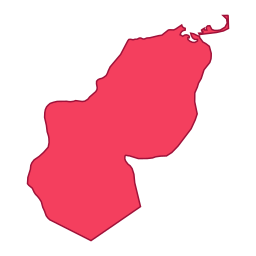 an SVG outline of Ash Sharqiyah
{"feature_id": "EGY-1535", "entity_name": "Ash Sharqiyah", "entity_type": "Governorate", "adm_level": 1, "iso_a3": "EGY", "parent_name": "Egypt", "parent_adm1": "", "projection": "albers", "projection_center": [31.859, 30.68], "detail": "fine", "context": "isolated", "style": "filled", "palette": "rose", "viewbox_px": 256, "rotation_deg": 0, "n_neighbors": 0, "source": "natural_earth", "source_scale": "10m", "svg_char_len": 2319}
<svg xmlns="http://www.w3.org/2000/svg" viewBox="0 0 256 256"><path d="M181.7,25.0L182.2,26.4L183.4,27.7L185.2,28.3L185.2,30.1L183.2,30.6L181.8,31.5L180.8,32.8L180.1,34.8L181.1,35.2L182.7,36.3L184.6,35.1L186.3,34.8L187.9,35.2L189.3,36.3L189.3,37.7L187.9,37.7L187.9,39.5L189.9,41.2L192.4,42.3L195.0,42.4L197.5,40.9L197.5,39.4L194.6,39.4L192.6,37.9L191.4,35.6L190.7,33.2L193.7,33.8L197.7,35.8L199.5,36.2L199.6,37.5L202.9,42.0L205.9,43.7L209.3,46.3L211.2,53.3L211.2,56.0L211.0,58.8L209.8,62.5L204.0,69.8L201.2,78.5L198.5,83.2L197.3,87.2L194.8,92.9L194.7,101.8L197.2,113.9L195.2,119.9L191.1,128.8L177.9,146.2L171.8,152.5L166.5,155.9L160.7,156.1L155.6,156.8L152.6,157.9L147.3,158.5L138.7,158.6L138.1,158.5L129.0,155.7L128.3,155.8L127.9,155.7L126.7,155.4L125.8,155.3L125.3,155.6L124.9,156.4L124.8,158.8L125.7,161.2L127.9,164.1L130.2,165.9L132.1,168.6L133.9,174.3L134.7,182.7L140.5,206.6L91.0,240.6L49.8,219.8L47.8,217.9L46.2,215.7L44.5,211.0L42.8,207.3L41.3,201.7L39.4,198.7L37.5,196.3L35.6,194.4L34.2,192.3L32.3,188.2L28.9,185.4L27.5,183.7L27.9,177.4L30.4,169.3L30.8,165.4L31.9,162.8L34.1,159.9L39.2,156.4L43.6,152.4L48.2,147.2L49.1,142.5L48.9,138.1L48.5,135.9L47.2,131.8L46.4,125.3L44.6,117.4L44.8,112.7L45.4,109.5L46.6,106.9L48.3,105.0L50.2,103.4L53.4,102.3L57.2,101.4L66.8,101.3L68.7,101.6L70.6,101.7L73.7,101.3L75.6,100.6L82.2,101.5L84.7,101.2L87.8,99.3L89.8,96.8L95.8,91.6L97.0,89.5L97.2,87.5L96.5,83.8L96.6,81.2L98.1,79.6L99.9,78.8L102.0,78.3L103.5,77.5L106.1,75.6L107.4,73.3L108.4,70.6L110.2,66.8L120.6,54.5L127.8,40.8L128.8,39.5L129.2,39.4L130.2,39.3L131.2,39.4L132.5,39.7L133.5,39.7L133.9,39.6L134.7,39.3L135.6,39.2L137.1,39.2L137.5,39.0L139.2,38.1L140.1,38.0L140.6,38.0L141.0,38.1L142.5,38.8L143.3,39.0L143.8,39.0L144.2,39.0L145.1,38.7L146.5,38.1L146.9,38.0L149.7,37.8L158.9,35.6L161.2,35.3L161.7,35.2L162.1,35.0L168.1,30.2L168.9,29.9L169.8,29.8L173.3,29.9L173.8,29.9L175.7,29.0L181.7,25.0ZM199.4,34.5L198.7,33.2L201.8,33.0L202.8,33.1L202.8,31.4L201.9,31.2L201.8,30.7L201.5,30.1L201.8,29.8L204.2,28.3L204.3,29.7L204.8,30.0L205.7,29.9L206.8,30.0L206.1,27.5L207.6,25.9L209.8,25.7L211.9,29.5L214.4,30.4L217.5,30.4L220.3,30.0L225.0,27.2L227.2,23.1L226.6,18.9L223.0,15.5L227.7,15.4L227.9,15.4L228.1,15.7L228.5,28.4L223.5,30.9L216.4,32.5L199.4,34.5L199.4,34.5Z" fill="#f43f5e" stroke="#9f1239" stroke-width="1.5"/></svg>